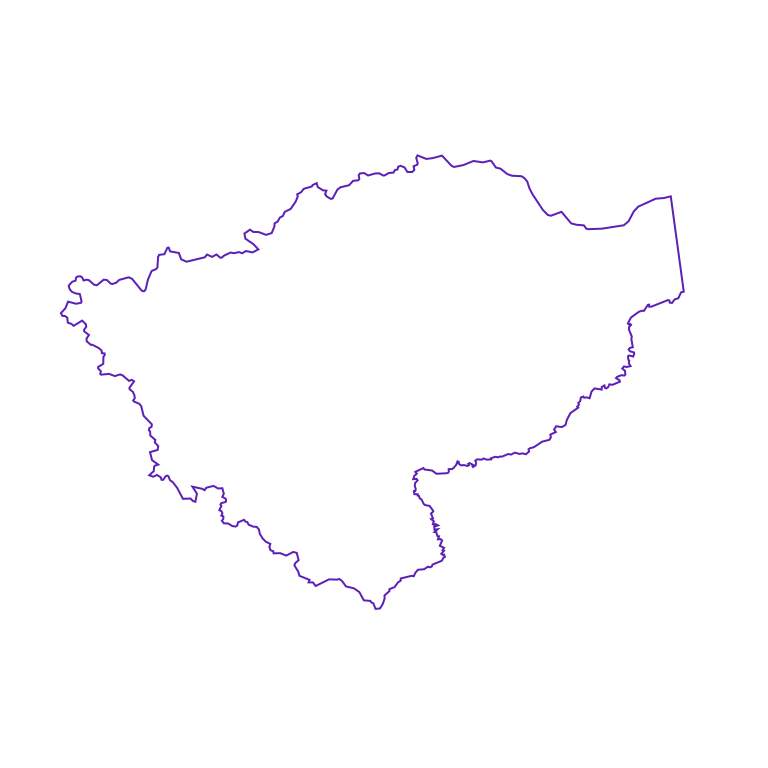 Uruará, Pará, Brazil (Natural Earth projection), rotated 82°
{"feature_id": "56859067B7583644693749", "entity_name": "Uruará", "entity_type": "district", "adm_level": 2, "iso_a3": "BRA", "parent_name": "Brazil", "parent_adm1": "Pará", "projection": "natural_earth1", "projection_center": [-53.819, -3.577], "detail": "fine", "context": "isolated", "style": "outline", "palette": "violet", "viewbox_px": 768, "rotation_deg": 82, "n_neighbors": 0, "source": "geoboundaries", "source_scale": "gbopen_adm2", "svg_char_len": 6142}
<svg xmlns="http://www.w3.org/2000/svg" viewBox="0 0 768 768"><g transform="rotate(82 384 384)"><path d="M596.9,427.7L598.6,426.9L599.6,425.1L605.5,423.7L605.7,419.2L601.6,415.8L596.4,413.2L593.4,412.9L589.9,407.5L587.9,407.2L586.6,401.8L582.5,397.9L581.0,394.8L578.9,394.5L577.8,383.4L578.5,381.2L575.6,379.5L572.7,376.3L573.0,370.0L571.0,365.9L571.9,364.1L571.5,362.2L569.6,361.1L567.1,351.4L564.1,349.1L563.8,347.8L561.3,348.2L561.4,349.7L560.1,350.9L557.5,347.9L556.7,349.1L554.6,347.3L552.0,351.2L547.0,348.2L545.4,349.7L545.3,352.2L542.5,350.7L542.1,352.2L538.2,352.9L537.6,354.6L535.3,351.1L535.2,354.3L532.3,354.1L531.5,350.2L529.8,352.7L530.6,353.8L529.6,355.2L527.0,353.7L524.3,356.1L523.9,354.2L518.8,355.5L517.1,352.9L515.9,353.2L511.1,355.8L509.5,360.4L508.0,361.5L503.6,362.9L502.2,364.6L499.9,364.8L499.1,366.2L497.9,365.9L497.3,369.3L494.2,369.3L494.4,367.9L492.5,367.2L489.1,367.7L486.3,366.9L484.1,364.2L482.5,364.9L482.3,368.3L479.1,366.7L477.4,364.0L475.4,365.2L472.7,356.7L474.3,355.8L476.4,348.4L480.2,344.5L481.1,334.3L480.8,332.7L479.7,332.0L477.3,331.8L477.7,328.4L477.0,327.0L474.3,323.9L470.8,321.9L471.7,320.8L472.5,321.8L475.3,319.1L475.4,316.2L476.8,312.6L476.2,311.2L474.8,311.7L474.2,310.3L476.5,307.0L477.4,307.9L478.6,307.3L477.2,304.5L474.8,303.7L472.7,304.3L471.6,302.5L472.5,297.4L471.6,295.8L473.2,292.8L473.6,288.4L472.4,288.4L471.6,283.9L472.5,281.0L471.9,279.3L472.4,277.6L470.6,270.5L471.6,268.1L470.2,263.9L472.2,259.4L471.9,256.7L473.3,253.3L471.1,249.7L468.8,250.0L468.0,248.7L467.4,244.3L463.1,235.4L462.3,228.0L460.1,226.2L457.2,226.3L455.5,220.5L452.7,221.9L449.8,219.4L451.4,214.0L449.8,209.9L445.1,208.0L438.7,203.4L434.4,194.9L433.3,195.8L431.4,193.7L429.8,194.2L428.3,192.1L424.7,190.9L424.2,188.3L425.4,187.8L425.5,185.0L426.7,182.4L420.3,179.5L417.7,176.1L419.8,169.2L417.3,168.8L416.1,165.9L418.6,165.7L419.3,164.3L418.0,162.2L415.7,160.9L416.6,157.9L414.5,150.0L413.1,150.2L410.5,153.4L409.4,152.3L408.3,147.7L409.1,144.8L408.3,143.7L404.5,143.5L401.9,145.9L400.0,143.9L400.9,141.3L400.6,137.4L397.3,138.7L395.0,137.9L394.0,138.7L390.4,138.5L389.9,137.1L391.5,133.4L388.8,132.0L387.6,132.0L385.8,135.9L383.7,136.9L382.5,135.5L382.2,132.5L373.9,132.8L371.4,132.0L364.2,133.9L361.7,133.4L359.8,131.1L358.8,131.8L359.0,133.4L357.9,134.1L352.5,130.1L348.1,121.9L347.3,118.5L347.8,116.5L342.5,111.8L342.3,110.5L344.4,110.6L344.6,108.4L340.4,91.0L341.0,89.8L343.2,89.7L343.8,87.5L340.7,84.4L340.0,80.6L334.6,77.1L334.3,74.3L238.1,73.9L238.8,81.1L238.3,89.2L243.7,107.4L247.7,112.5L256.9,119.2L260.2,124.4L260.5,146.7L259.1,160.2L258.4,162.0L254.7,164.0L253.2,170.9L251.0,176.3L238.2,184.3L240.6,195.3L239.4,198.3L233.8,202.4L217.1,210.4L210.6,212.7L203.3,214.0L199.6,216.4L197.4,218.9L195.6,228.2L193.3,232.7L187.0,238.6L185.2,243.1L178.4,246.5L177.6,247.7L178.3,255.3L175.6,264.3L178.3,275.1L178.8,284.5L177.4,286.7L165.9,294.8L167.1,304.4L167.0,310.8L162.3,319.0L164.5,320.6L170.4,319.9L171.6,320.8L172.5,324.4L176.3,324.2L178.0,326.6L177.3,331.3L172.3,333.6L170.2,337.4L170.9,339.8L173.4,340.8L173.7,343.5L176.0,345.2L175.7,349.8L177.5,354.3L177.5,355.7L174.7,359.4L174.3,363.5L175.3,370.8L172.4,374.2L172.1,378.4L173.6,380.0L177.5,379.9L178.7,381.2L178.5,386.3L182.3,390.9L183.1,399.6L185.0,403.1L193.1,409.0L193.3,410.9L190.3,414.7L187.8,415.9L184.5,414.1L183.7,417.5L179.7,422.2L175.7,422.7L177.1,427.1L178.4,428.0L179.5,436.2L182.5,439.4L184.1,443.6L186.3,443.3L191.1,446.1L197.6,452.0L199.7,458.3L203.6,460.8L204.7,464.0L208.3,466.7L209.8,470.1L212.6,470.5L218.9,474.2L219.9,480.0L216.1,486.9L215.2,492.4L212.5,495.2L215.6,501.3L220.8,501.0L227.5,493.7L233.2,489.7L235.4,495.8L233.1,502.2L234.8,506.1L233.2,509.3L233.6,514.5L232.5,517.6L234.5,524.3L236.3,527.2L236.1,528.6L232.4,531.9L234.2,536.5L231.2,541.3L233.6,543.8L235.4,562.5L232.3,567.5L225.7,568.9L222.9,577.4L219.0,578.2L219.0,579.6L224.9,583.4L224.8,588.6L226.6,590.0L237.2,592.2L238.6,593.9L239.6,598.1L240.7,599.0L247.7,603.2L257.0,606.8L258.7,608.4L258.5,610.1L257.0,611.5L244.8,618.8L242.8,622.0L244.1,631.8L246.4,635.0L247.2,639.0L246.5,640.7L242.4,644.0L241.7,647.1L246.3,654.6L245.2,657.4L240.1,661.8L239.3,664.2L239.7,667.1L236.6,668.0L235.1,669.6L234.9,672.3L235.6,674.0L238.8,675.1L239.3,678.4L242.2,682.0L243.2,682.6L246.5,682.0L249.2,680.3L251.3,677.0L252.6,672.7L260.2,672.0L261.4,672.7L261.7,677.7L258.5,685.4L264.6,688.9L268.9,694.1L271.9,692.9L272.1,690.7L274.3,688.4L279.2,688.6L281.1,685.0L283.2,683.3L279.2,674.1L283.3,670.9L285.9,670.9L288.7,673.6L290.3,673.5L294.4,669.3L297.5,672.2L300.3,672.5L304.4,668.9L304.6,667.3L308.6,661.6L311.6,659.0L314.2,659.1L314.8,656.5L316.0,656.4L318.2,658.1L325.0,659.2L327.3,664.7L328.8,664.9L331.9,662.6L334.5,663.6L335.4,662.8L335.7,654.9L338.7,649.4L337.8,644.0L339.1,641.6L345.5,636.0L344.7,633.2L346.6,631.1L352.3,636.6L353.7,636.7L356.8,633.8L360.6,632.7L363.4,632.8L365.4,634.7L366.5,634.1L369.6,629.0L372.1,627.5L382.0,626.5L391.6,619.5L394.0,620.1L395.1,622.6L396.9,623.3L398.7,622.2L402.5,622.6L407.6,618.2L409.9,619.1L414.1,616.2L417.8,617.4L418.9,625.2L427.1,624.3L432.4,618.8L432.9,621.9L433.8,623.1L438.2,624.1L441.7,629.2L443.7,625.5L442.5,621.4L445.3,618.1L447.9,617.6L448.2,616.1L445.0,613.1L444.5,611.6L445.3,610.3L449.5,609.3L451.7,606.9L458.0,603.3L469.7,599.1L470.5,591.5L473.2,589.6L474.4,587.2L466.6,584.5L459.0,588.0L462.6,578.3L464.2,576.4L462.0,574.4L461.2,567.0L464.4,562.8L464.7,558.6L470.4,557.9L473.3,559.8L475.3,557.0L477.1,556.5L478.7,557.1L479.4,561.8L480.6,562.7L482.1,562.0L486.1,564.6L487.3,562.6L489.6,562.0L491.7,563.4L492.7,561.5L495.2,561.9L496.8,563.6L499.7,562.0L500.4,557.8L503.6,553.9L504.5,550.8L503.7,549.0L500.8,547.9L499.0,541.5L500.9,540.4L501.7,538.5L504.4,537.7L507.0,533.5L507.8,529.9L510.7,528.1L515.2,527.8L520.2,525.6L523.9,522.8L526.5,518.8L529.5,520.2L532.8,519.5L534.2,516.9L536.3,516.9L537.1,510.2L540.3,504.7L537.7,497.2L539.1,493.9L546.6,493.1L549.0,496.8L551.1,498.0L557.7,495.1L562.2,494.4L567.6,485.0L570.0,486.3L570.6,482.0L574.5,479.8L569.8,465.5L571.2,457.8L570.9,455.3L573.4,452.9L579.2,449.8L582.1,442.3L586.6,437.4L595.4,434.1L596.9,427.7Z" fill="none" stroke="#5b21b6" stroke-width="2"/></g></svg>